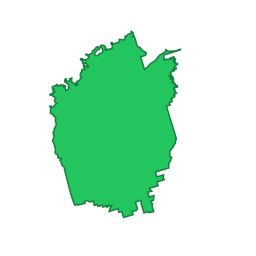 the district of Nillumbik, Victoria, Australia, rotated 155°
{"feature_id": "25037944B37493883083174", "entity_name": "Nillumbik", "entity_type": "district", "adm_level": 2, "iso_a3": "AUS", "parent_name": "Australia", "parent_adm1": "Victoria", "projection": "mercator", "projection_center": [145.196, -37.615], "detail": "fine", "context": "isolated", "style": "filled", "palette": "green", "viewbox_px": 256, "rotation_deg": 155, "n_neighbors": 0, "source": "geoboundaries", "source_scale": "gbopen_adm2", "svg_char_len": 5899}
<svg xmlns="http://www.w3.org/2000/svg" viewBox="0 0 256 256"><g transform="rotate(155 128 128)"><path d="M84.0,214.2L84.5,213.9L85.1,212.4L87.9,212.8L89.6,212.5L90.9,211.7L91.3,211.9L91.4,212.4L91.7,212.5L92.6,210.7L93.7,209.7L94.2,209.5L94.8,209.5L97.8,211.8L98.5,212.0L99.3,210.3L99.9,209.6L105.1,210.3L105.9,210.1L106.2,210.4L106.3,212.4L106.7,212.5L107.9,211.8L107.1,209.4L108.2,208.1L108.5,206.8L108.9,206.6L110.5,207.3L112.2,206.9L112.9,208.0L113.5,208.3L114.8,207.8L115.5,208.0L115.7,208.7L114.3,210.0L114.5,211.1L114.4,212.2L114.9,212.9L117.4,214.5L117.8,214.3L118.1,213.8L118.1,212.1L117.8,210.5L117.9,209.3L118.7,207.8L119.7,207.0L122.1,207.5L122.9,207.3L124.0,206.5L125.3,206.5L126.4,207.1L127.1,208.2L126.8,209.5L124.9,210.7L122.5,211.6L121.0,211.6L120.1,211.9L119.5,212.7L119.6,213.1L121.2,214.6L122.5,214.6L125.6,213.2L127.4,212.9L128.9,211.4L129.7,210.9L132.6,210.9L134.9,212.7L135.2,212.0L134.3,211.2L133.4,208.8L133.8,208.2L134.4,207.8L138.2,207.7L139.6,209.1L139.9,209.9L141.2,210.9L141.7,210.8L142.1,210.3L141.7,208.8L140.7,208.3L140.6,207.8L141.4,206.7L141.6,205.9L141.6,205.3L140.5,204.8L138.6,204.7L138.4,203.8L138.5,202.5L137.6,200.8L137.8,200.3L138.6,199.8L139.4,200.7L140.9,203.3L141.3,203.6L141.8,203.6L142.4,202.1L142.0,200.4L142.0,199.6L142.2,199.2L144.0,200.3L145.1,200.4L145.6,199.7L145.7,198.8L147.9,197.9L148.6,196.4L149.1,196.0L149.3,194.6L148.4,193.6L148.4,193.1L150.4,193.0L151.6,191.7L152.9,191.7L153.5,191.2L154.2,191.9L155.7,191.3L156.9,190.0L156.4,189.6L155.4,190.1L155.1,189.2L155.4,188.5L157.9,188.8L158.3,189.8L158.1,192.0L158.3,192.3L159.3,192.6L159.7,193.1L157.9,197.1L160.4,197.1L160.5,195.6L160.7,195.4L161.4,195.3L162.7,195.7L163.7,196.7L163.5,198.7L163.9,199.1L165.2,197.9L165.8,196.4L164.8,196.0L164.7,194.2L163.6,192.9L163.5,192.1L164.3,190.9L164.4,190.1L164.9,189.2L165.8,188.4L167.8,188.3L168.8,188.0L168.1,191.2L167.7,191.9L167.0,192.2L167.0,192.6L167.3,192.9L167.8,192.8L168.3,192.3L168.7,192.2L169.2,192.9L168.3,193.7L168.3,194.2L170.6,195.0L170.7,195.7L172.6,195.0L173.7,196.3L174.2,196.4L173.7,197.0L174.3,197.6L175.1,197.1L178.6,197.3L179.5,196.9L179.7,196.0L179.0,195.2L179.6,194.7L178.9,194.4L179.4,193.9L179.0,192.5L179.4,192.5L180.4,193.1L180.6,192.6L180.5,192.2L179.6,192.1L179.5,191.9L180.5,191.8L180.2,191.2L180.5,190.8L180.9,190.7L181.2,191.0L181.8,190.9L183.1,191.6L184.0,191.1L184.7,191.4L184.8,191.1L184.6,190.6L184.0,190.8L183.7,190.5L180.9,186.0L181.1,185.2L182.7,184.6L183.1,184.0L183.3,181.8L182.1,180.8L182.6,180.3L187.2,178.7L188.2,179.4L188.5,180.4L189.6,180.9L189.8,177.6L190.9,176.8L192.1,174.0L190.4,172.5L190.1,171.0L190.4,170.5L189.8,169.9L189.9,169.0L189.5,168.4L189.3,167.0L190.5,166.1L191.5,161.8L192.1,160.5L193.8,159.8L194.0,159.0L195.0,158.5L195.5,157.9L196.4,156.3L197.6,156.0L198.0,155.1L197.9,153.6L198.4,153.1L198.3,152.0L198.7,151.2L201.3,148.9L202.0,147.9L201.6,145.2L202.9,138.9L204.4,136.7L204.4,135.1L203.2,133.3L204.1,130.7L202.9,129.3L201.3,128.4L202.1,127.9L202.4,127.9L202.6,127.5L203.3,127.4L203.3,127.0L202.7,126.0L203.5,123.9L203.3,122.4L203.5,121.7L202.5,119.6L202.6,118.4L203.0,117.6L207.7,92.5L208.6,85.0L208.8,80.5L205.7,80.1L205.8,79.3L198.7,77.9L198.5,79.8L195.2,79.4L194.5,77.7L193.8,77.1L190.5,76.7L191.1,72.0L188.0,71.5L188.3,69.6L184.0,68.9L184.2,66.9L179.6,66.5L180.4,66.1L180.8,65.4L175.4,64.7L176.1,64.1L177.8,63.2L180.3,60.3L171.3,59.1L171.8,55.4L169.5,55.1L169.3,54.5L169.0,54.4L169.8,48.8L160.0,47.3L159.6,50.4L155.2,49.8L153.6,50.6L152.5,57.8L146.7,57.0L147.4,54.9L147.9,54.7L149.4,44.3L144.6,43.6L144.8,42.4L142.4,42.0L142.4,41.7L140.0,41.4L139.1,47.4L137.8,48.9L138.2,49.7L138.3,50.7L137.8,51.2L138.1,51.7L138.0,52.2L135.6,51.7L133.0,55.7L138.0,56.6L137.4,61.5L133.2,60.6L133.6,62.0L134.2,63.0L134.1,64.3L125.1,62.9L124.6,66.9L117.0,65.9L117.1,68.2L115.5,70.5L122.5,71.5L121.8,76.5L107.9,74.6L107.0,76.8L105.4,79.1L103.4,80.2L101.9,82.1L100.9,82.6L100.8,83.0L102.0,84.7L99.9,89.3L95.8,91.4L91.5,94.3L89.6,97.1L88.7,97.7L84.0,131.5L80.2,131.0L79.9,133.6L76.9,133.3L77.0,133.9L76.4,134.9L76.5,135.7L76.9,135.8L76.8,136.2L75.6,135.9L75.2,136.7L74.8,137.0L73.6,136.4L72.8,136.5L71.9,137.3L71.9,137.6L72.7,138.3L72.5,138.8L71.4,138.7L70.5,139.4L69.4,139.2L69.6,139.6L70.7,140.0L70.9,140.3L70.7,140.6L69.5,140.7L69.6,141.1L70.0,141.5L70.0,141.8L69.3,143.1L69.1,143.8L69.6,143.9L69.9,143.5L70.2,143.5L69.9,144.5L68.9,145.3L67.2,144.8L65.9,144.1L65.7,144.4L66.1,145.0L65.6,145.5L66.0,145.8L67.2,145.6L67.2,145.9L66.4,147.1L66.6,148.1L67.8,148.7L67.7,149.4L67.1,149.7L67.1,150.0L68.6,150.7L68.9,151.2L68.6,151.4L67.4,151.4L66.5,152.3L67.1,153.0L66.8,153.5L67.2,153.9L68.5,154.0L68.8,154.5L68.4,154.8L67.4,154.9L66.0,153.9L65.8,155.3L66.1,155.7L67.0,155.6L68.0,156.2L68.9,157.7L68.6,157.9L66.9,156.8L66.6,156.9L66.2,157.6L66.4,159.1L66.8,159.5L66.7,159.7L65.8,159.9L65.1,160.8L64.4,160.5L63.6,160.6L63.3,160.9L63.1,161.9L62.9,162.2L62.1,161.7L62.6,160.8L62.4,160.4L62.0,160.2L61.8,160.4L61.7,161.1L61.0,161.8L60.7,161.3L59.5,161.1L58.9,161.8L60.3,162.5L60.5,163.8L60.4,163.9L59.8,163.7L59.1,164.1L58.7,164.8L57.8,164.2L56.9,165.0L56.0,165.1L56.1,165.8L57.5,166.2L57.4,167.3L58.5,167.8L58.8,168.6L58.7,168.9L57.8,168.6L57.0,168.7L57.0,169.4L57.7,170.4L57.5,170.9L56.3,170.2L55.8,170.4L55.8,170.6L56.4,170.9L56.5,171.4L56.3,172.8L56.7,173.3L57.4,173.4L60.1,172.1L60.2,172.6L59.6,173.1L59.4,173.5L60.0,173.6L62.1,173.1L63.1,173.4L63.9,174.1L65.0,173.7L65.8,173.9L66.7,174.7L65.8,175.3L66.1,176.0L65.8,176.6L65.7,177.5L65.0,178.1L64.5,179.0L47.8,176.7L47.5,176.7L47.2,177.2L52.4,177.8L58.3,180.1L59.7,181.4L60.5,183.0L61.3,182.0L62.3,181.4L68.9,180.5L70.1,180.1L73.8,178.0L74.9,177.6L81.2,176.6L85.0,174.7L88.3,174.3L86.5,187.1L81.8,186.5L79.9,187.8L80.0,188.6L79.9,189.4L81.1,190.3L82.5,193.2L82.9,195.3L83.8,196.7L84.8,197.5L85.0,198.4L85.1,198.5L84.4,202.3L83.6,208.2L85.1,208.9L84.4,209.0L83.7,209.7L83.2,212.3L84.0,214.2Z" fill="#22c55e" stroke="#15803d" stroke-width="1.5"/></g></svg>